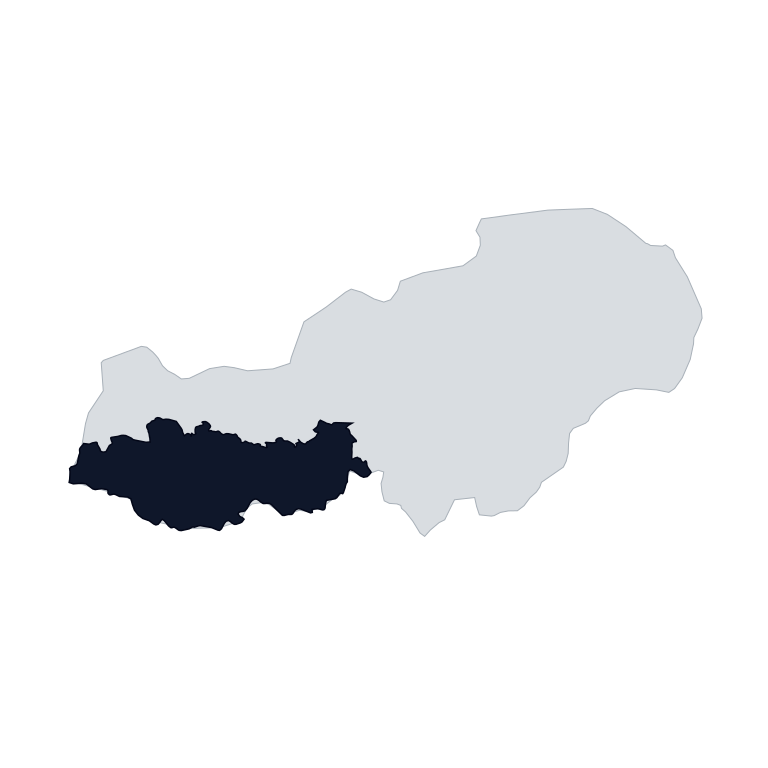 Prešov highlighted on a map of Slovakia, rotated 174°
{"feature_id": "SVK-1058", "entity_name": "Prešov", "entity_type": "Region", "adm_level": 1, "iso_a3": "SVK", "parent_name": "Slovakia", "parent_adm1": "", "projection": "orthographic", "projection_center": [21.049, 49.105], "detail": "fine", "context": "in_parent", "style": "filled", "palette": "ink", "viewbox_px": 768, "rotation_deg": 174, "n_neighbors": 0, "source": "natural_earth", "source_scale": "10m", "svg_char_len": 7923}
<svg xmlns="http://www.w3.org/2000/svg" viewBox="0 0 768 768"><g transform="rotate(174 384 384)"><path d="M707.3,318.9L705.8,326.1L701.3,334.5L695.7,343.1L691.1,353.6L685.0,375.8L680.9,386.1L663.9,406.6L663.0,434.7L660.7,436.8L621.4,446.8L616.1,445.4L610.7,440.0L607.7,436.0L605.8,433.1L602.4,425.3L597.8,419.8L591.1,415.4L585.0,410.2L577.1,410.0L555.9,417.5L541.2,418.3L531.3,415.9L518.3,411.4L492.8,410.6L475.3,414.4L473.5,419.9L457.1,454.2L433.4,466.6L412.7,479.3L406.7,481.8L396.6,477.6L385.2,469.7L375.6,465.5L368.6,467.1L360.7,475.7L357.0,484.5L333.7,490.5L293.1,493.3L278.8,501.6L273.7,511.9L273.2,519.9L276.5,526.9L271.9,534.8L269.9,538.0L241.2,538.9L202.8,539.8L180.0,538.3L158.5,536.8L144.1,529.3L126.9,515.2L108.9,496.5L107.1,495.9L104.4,493.9L92.6,492.0L89.5,492.9L82.7,486.7L81.0,479.1L71.1,458.8L60.6,425.6L60.8,416.2L66.1,405.8L71.0,397.8L72.0,391.4L72.6,389.7L76.9,376.4L86.7,359.0L95.5,349.1L101.6,345.9L113.7,349.7L134.6,353.3L150.9,351.6L166.3,344.3L174.8,337.7L182.1,330.7L184.6,326.0L187.8,323.9L200.4,320.1L204.6,315.4L206.6,306.1L208.1,295.7L210.9,288.1L214.3,282.6L237.7,269.8L239.9,265.1L243.8,260.6L250.7,255.6L257.5,248.3L264.6,244.0L273.5,244.8L281.7,244.1L288.2,241.6L291.0,241.4L302.8,243.9L304.7,252.6L305.7,261.6L326.0,261.5L337.8,242.6L343.7,240.4L353.2,233.9L359.5,228.2L363.7,232.0L369.6,244.4L375.9,254.5L379.6,258.5L380.0,261.5L383.7,263.4L391.1,264.7L396.0,267.8L397.3,277.0L397.3,285.4L394.8,291.4L393.5,296.6L398.7,298.8L406.2,296.9L411.6,294.0L427.4,301.1L433.2,285.8L439.6,278.0L447.8,274.4L455.3,269.7L462.1,266.4L466.8,266.6L468.8,265.2L474.6,265.6L481.4,267.2L490.5,265.5L503.2,269.3L511.1,276.4L518.8,278.8L527.7,278.5L533.7,274.5L542.5,261.0L548.9,261.2L558.8,259.1L572.9,259.1L605.3,261.8L613.5,267.0L633.6,273.4L642.4,280.9L646.3,290.0L648.4,296.3L669.1,305.7L699.9,317.6L707.3,318.9Z" fill="#d9dde1" stroke="#a8b0b8" stroke-width="1"/><path d="M562.8,255.6L564.4,256.0L570.6,259.3L581.6,262.4L583.4,262.3L587.6,261.4L589.2,261.9L593.0,260.3L601.0,259.4L603.1,259.9L604.2,260.7L606.3,262.7L607.5,263.5L608.3,263.6L610.1,263.2L611.2,263.5L613.1,265.4L616.9,271.2L618.7,272.6L619.8,271.8L621.4,269.9L623.3,268.1L625.6,267.7L627.6,268.8L631.8,272.6L637.9,275.5L642.0,279.3L645.3,284.5L646.8,290.6L647.6,296.1L650.8,298.4L658.8,299.8L662.5,302.1L663.8,302.6L664.9,302.7L667.6,302.3L668.6,302.5L669.8,303.9L669.9,305.1L669.6,306.2L669.8,307.3L670.7,308.0L676.0,309.5L682.2,309.2L684.6,310.1L690.5,315.7L694.6,316.9L703.5,317.2L707.4,319.0L706.6,321.9L705.9,325.8L705.4,329.8L705.5,332.7L703.8,334.3L699.5,335.0L697.5,336.6L695.2,343.9L693.8,346.9L693.7,347.8L693.7,350.0L693.5,351.1L692.5,352.6L689.8,355.0L689.0,356.2L683.7,355.0L683.1,355.0L680.2,355.9L676.5,356.2L675.9,356.0L675.5,355.6L675.4,354.7L675.3,353.6L673.5,349.5L673.2,348.7L673.2,348.0L673.1,347.4L672.7,346.7L670.7,345.6L667.6,345.7L663.5,351.6L661.1,352.6L660.4,353.4L660.4,353.8L660.4,354.2L661.0,356.2L661.3,357.8L661.4,358.6L661.2,359.2L661.0,359.3L660.6,359.4L654.1,359.7L650.7,360.3L648.6,360.2L646.2,359.7L641.0,356.6L640.3,356.0L640.3,355.7L640.0,355.4L639.4,355.0L637.8,354.3L626.8,350.9L622.6,350.8L622.5,355.1L622.7,355.8L622.7,356.3L622.8,358.6L622.8,359.2L623.4,361.3L623.4,362.4L623.4,362.9L623.6,363.4L624.2,364.9L624.4,365.6L624.4,366.2L624.3,367.0L623.9,367.9L623.5,368.4L622.8,368.8L620.7,369.6L618.8,371.3L616.2,371.8L615.5,372.2L615.4,372.4L615.2,373.0L614.8,373.5L614.3,373.8L613.7,374.0L612.8,374.2L611.7,374.0L610.4,373.6L608.3,372.1L607.5,371.7L606.6,371.7L604.6,371.8L601.6,371.3L594.5,368.5L591.1,362.5L590.6,361.7L590.0,360.4L589.6,359.4L589.4,357.6L589.3,356.8L588.0,353.5L586.4,354.3L586.1,354.6L585.6,354.9L584.6,355.2L583.8,355.1L582.3,354.3L581.8,353.7L581.5,353.2L581.5,352.7L581.3,352.3L581.1,352.3L580.9,352.6L580.8,353.9L580.6,354.6L580.4,355.0L580.1,354.9L579.7,354.3L578.9,353.7L578.4,353.5L577.9,353.6L576.8,353.9L576.4,354.2L576.3,354.5L576.7,355.2L576.8,355.6L576.8,356.2L576.6,358.4L576.2,359.6L575.9,360.4L575.5,360.8L575.1,361.0L574.7,361.1L572.9,361.3L571.6,361.8L571.1,361.9L569.4,361.9L568.9,362.0L568.4,362.2L568.2,362.5L568.0,362.8L567.9,363.2L567.9,363.6L568.0,363.9L568.2,364.2L568.9,364.8L568.9,365.0L568.5,365.3L567.0,365.4L565.6,365.3L564.4,364.7L562.3,362.8L561.1,360.8L561.0,360.0L561.1,359.6L561.3,359.3L562.0,358.4L562.2,358.1L562.4,357.8L563.1,357.1L563.2,356.9L563.3,356.6L563.1,356.0L563.0,355.7L562.9,355.5L562.5,355.4L561.8,355.7L561.2,355.8L560.6,355.6L559.9,355.0L559.1,354.7L558.0,354.6L556.3,354.0L554.0,354.5L553.3,354.2L552.3,353.3L551.8,352.6L551.2,351.8L550.9,351.5L549.6,350.6L549.1,350.4L548.6,350.4L546.5,351.0L546.0,351.1L543.8,350.8L539.5,349.3L537.9,349.5L537.2,349.7L536.8,349.6L536.3,349.1L535.6,348.1L535.3,347.2L535.3,346.9L535.0,346.4L533.1,344.6L532.6,343.8L532.3,343.0L532.4,342.2L532.3,341.7L532.0,340.8L531.6,340.6L530.9,340.5L529.4,340.7L528.7,341.0L528.3,341.2L528.2,341.4L528.1,341.6L527.6,341.5L524.4,339.4L522.0,339.1L519.8,337.1L516.2,337.8L515.7,337.8L515.0,337.6L513.7,337.0L513.3,336.5L513.3,336.1L513.7,335.6L513.6,335.3L513.0,334.9L511.3,334.5L508.6,333.3L507.3,333.0L507.0,333.1L506.9,333.5L507.0,333.9L507.3,334.5L507.3,334.9L507.2,335.4L507.1,336.1L507.0,336.8L507.2,337.0L507.4,337.2L508.1,337.8L508.1,338.0L507.9,338.1L507.5,338.3L500.4,337.0L498.3,337.2L497.6,337.4L497.1,337.6L497.0,337.8L497.0,338.1L497.1,338.4L497.4,339.0L497.4,339.3L496.8,340.1L496.5,340.3L496.0,340.6L494.8,341.2L493.4,341.3L492.1,341.2L491.4,340.9L490.0,338.6L489.8,338.2L489.2,337.9L488.3,337.6L485.9,337.4L483.2,335.7L480.3,333.4L479.7,332.8L479.4,332.3L479.7,331.1L479.6,330.6L479.0,330.4L478.5,330.6L477.6,331.5L477.3,332.0L477.1,332.6L477.7,333.6L477.8,334.0L477.3,334.2L474.7,335.1L474.4,335.2L474.3,335.5L474.3,335.9L474.5,336.8L474.7,337.2L474.9,337.5L475.2,337.8L475.3,338.0L475.1,337.8L474.7,337.4L472.9,334.8L470.4,333.0L469.5,332.8L469.4,332.6L469.1,332.4L468.9,332.3L468.4,332.5L466.6,334.2L466.1,334.5L465.7,334.5L465.5,334.4L465.2,334.4L464.9,334.6L464.1,335.2L459.1,337.4L457.6,338.4L457.0,338.9L455.6,341.0L454.3,342.2L454.2,342.6L454.5,342.9L455.8,343.1L457.3,343.6L458.9,345.8L455.6,347.9L454.9,348.5L454.1,349.7L452.8,353.0L451.1,354.6L446.5,351.8L445.7,351.2L445.0,350.8L442.8,350.1L440.8,349.0L440.0,349.0L438.2,350.5L436.1,350.6L419.8,348.4L423.7,346.7L424.9,345.8L426.2,344.5L426.4,343.8L426.2,343.4L424.9,343.2L424.4,342.9L424.0,342.6L423.8,342.1L423.5,341.4L423.1,339.7L423.0,338.2L422.6,337.4L422.1,336.7L421.4,336.0L417.6,330.9L417.5,330.1L417.6,329.7L418.0,329.6L418.8,329.7L419.4,329.7L420.7,329.1L421.4,329.1L421.9,328.6L422.1,327.6L422.2,325.4L422.8,322.9L422.9,321.5L423.0,319.6L423.8,314.5L423.7,313.2L423.4,312.5L422.8,312.5L422.2,312.7L420.7,313.4L418.4,313.8L418.0,313.8L417.6,313.4L417.3,313.0L417.0,312.3L416.6,312.1L416.4,312.3L416.0,312.6L415.7,312.4L415.3,311.8L414.6,310.1L414.1,309.1L413.4,308.5L412.7,308.4L411.9,308.4L411.4,308.7L411.0,309.1L410.8,309.4L410.5,309.5L410.1,309.3L409.6,308.3L409.5,307.2L409.5,305.1L409.1,303.5L408.5,302.1L406.2,298.0L406.1,297.5L408.3,295.2L410.4,293.7L414.0,293.4L417.1,295.1L422.9,300.6L426.6,302.5L428.8,300.8L430.0,296.5L430.7,290.5L432.1,288.9L432.9,287.0L433.6,284.9L435.8,280.1L436.5,279.3L436.7,279.5L439.2,279.9L440.3,278.8L442.8,275.9L444.5,275.0L453.2,274.3L453.8,273.6L454.6,271.2L455.2,268.7L455.5,267.1L455.9,266.1L457.0,265.2L458.4,265.2L462.9,267.0L468.7,266.8L468.7,263.8L470.5,263.5L480.0,268.4L482.4,269.0L485.1,268.1L486.4,266.9L488.2,264.7L489.3,264.0L490.3,264.0L492.8,264.3L497.0,263.7L498.8,264.0L508.7,276.0L510.5,277.3L513.0,277.7L514.9,277.6L516.7,277.8L518.8,279.4L520.6,281.3L522.4,282.7L524.5,283.1L527.1,282.1L529.5,280.0L533.2,274.6L535.5,272.4L537.3,272.0L539.7,272.0L541.7,271.5L542.7,270.0L541.3,267.4L538.7,265.8L537.3,264.2L539.6,261.7L541.3,260.9L545.9,259.9L547.6,260.1L549.6,261.5L551.2,263.3L553.0,264.5L555.4,264.0L557.3,262.2L560.8,257.0L562.8,255.6Z" fill="#0f172a" stroke="#020617" stroke-width="1.5"/></g></svg>